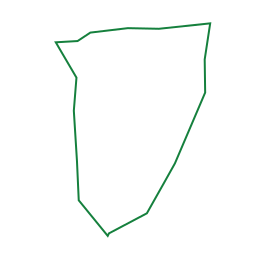 the border of Al Jifarah, rotated 183°
{"feature_id": "LBY-2973", "entity_name": "Al Jifarah", "entity_type": "Municipality", "adm_level": 1, "iso_a3": "LBY", "parent_name": "Libya", "parent_adm1": "", "projection": "equal_earth", "projection_center": [13.064, 32.491], "detail": "fine", "context": "isolated", "style": "outline", "palette": "green", "viewbox_px": 256, "rotation_deg": 183, "n_neighbors": 0, "source": "natural_earth", "source_scale": "10m", "svg_char_len": 382}
<svg xmlns="http://www.w3.org/2000/svg" viewBox="0 0 256 256"><g transform="rotate(183 128 128)"><path d="M204.6,209.8L182.9,212.2L170.6,221.3L133.4,227.7L102.3,228.7L51.4,236.8L55.0,200.5L52.8,167.4L79.3,95.1L89.1,75.2L104.7,43.8L141.5,21.8L142.6,19.2L173.4,53.2L177.2,92.0L183.0,142.4L182.1,175.6L199.5,202.0L204.6,209.8Z" fill="none" stroke="#15803d" stroke-width="2"/></g></svg>